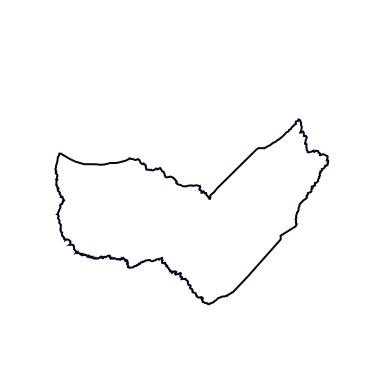 outline of Isiolo South, Eastern, Kenya, rotated 236°
{"feature_id": "3690345B50246984625368", "entity_name": "Isiolo South", "entity_type": "district", "adm_level": 2, "iso_a3": "KEN", "parent_name": "Kenya", "parent_adm1": "Eastern", "projection": "equal_earth", "projection_center": [38.678, 0.562], "detail": "fine", "context": "isolated", "style": "outline", "palette": "ink", "viewbox_px": 384, "rotation_deg": 236, "n_neighbors": 0, "source": "geoboundaries", "source_scale": "gbopen_adm2", "svg_char_len": 5964}
<svg xmlns="http://www.w3.org/2000/svg" viewBox="0 0 384 384"><g transform="rotate(236 192 192)"><path d="M191.2,269.2L181.1,215.4L179.5,210.1L179.1,205.7L178.4,204.7L177.4,204.4L176.3,203.0L176.8,202.5L179.3,202.7L181.6,202.3L183.2,203.1L183.9,201.8L185.9,201.9L185.6,200.3L186.1,199.4L187.9,200.6L189.1,199.6L190.1,199.6L190.6,199.9L191.0,201.3L192.6,201.9L192.8,201.2L194.0,200.6L195.3,199.1L196.5,196.3L197.6,195.6L197.9,194.6L198.9,193.5L200.1,190.1L201.5,188.1L202.6,187.2L203.6,186.9L206.5,184.4L208.5,184.0L209.1,185.2L210.3,184.9L211.6,185.1L212.3,184.6L213.2,184.8L214.0,184.2L214.6,184.3L216.7,182.9L218.3,179.1L219.0,178.5L219.9,178.9L220.7,178.5L222.2,179.3L224.5,179.7L225.9,178.9L229.6,179.1L229.9,178.5L229.8,177.0L230.1,175.9L231.2,175.8L231.6,175.0L231.4,173.0L232.1,171.0L233.3,170.6L233.7,169.4L235.0,168.4L235.5,167.2L236.1,166.7L238.0,167.3L238.9,168.2L239.9,168.1L240.7,168.6L241.7,167.6L242.7,167.9L243.0,167.6L242.9,166.6L243.5,166.0L245.3,165.7L248.0,166.3L248.4,165.8L249.5,165.7L249.7,164.3L250.4,162.7L252.8,161.0L253.4,160.0L254.5,159.5L254.9,158.7L254.6,158.3L255.1,154.3L257.8,146.9L258.9,144.6L261.6,140.8L263.8,134.7L265.8,131.3L268.6,128.0L275.5,118.0L282.7,112.1L287.9,109.1L297.3,104.6L298.0,103.5L296.8,102.4L295.8,100.2L292.1,97.0L290.0,94.2L288.1,92.6L287.5,91.6L286.4,91.4L285.8,90.8L284.8,91.0L284.4,90.0L283.9,90.0L283.5,89.5L282.1,89.9L280.6,89.5L279.9,88.4L279.2,88.0L278.3,86.4L277.5,87.1L276.8,85.8L273.6,83.3L273.1,83.7L271.1,83.0L270.2,83.2L270.0,82.7L269.4,82.9L269.4,82.3L268.0,81.5L265.5,82.2L264.6,81.2L262.8,81.3L261.8,80.9L261.2,81.3L261.0,80.7L260.1,81.8L259.2,81.2L257.5,81.4L256.8,80.2L256.4,80.7L255.8,79.0L255.2,78.5L255.2,78.0L254.7,77.4L255.2,76.1L254.7,75.2L253.8,75.0L252.4,73.8L251.1,71.5L250.6,71.2L249.8,69.3L248.8,68.8L248.8,67.8L248.0,68.3L246.4,68.0L245.5,66.3L242.4,66.2L240.7,64.7L238.0,64.9L235.2,62.6L234.3,62.3L234.1,61.6L232.2,61.1L231.0,61.7L229.6,60.3L227.9,59.9L227.3,60.4L226.4,60.1L225.6,60.5L224.5,59.7L223.3,60.8L223.0,60.4L223.0,61.1L221.6,62.9L219.1,63.6L218.3,62.7L217.7,62.8L216.7,61.6L216.7,61.0L215.1,63.4L214.2,64.0L213.0,63.9L212.8,63.4L210.7,62.6L210.3,62.1L207.0,62.9L206.6,62.0L206.4,63.6L205.5,63.0L205.3,63.9L203.9,64.2L202.3,66.1L202.1,65.0L201.0,65.6L201.1,66.4L200.6,66.3L199.9,68.2L199.4,68.1L198.7,69.2L197.4,69.1L197.3,70.1L196.6,69.7L196.5,70.7L195.8,70.6L195.6,71.2L195.3,70.9L195.1,71.5L194.5,71.4L194.3,72.6L193.9,73.4L193.5,73.3L193.3,72.5L192.5,73.0L192.3,74.0L191.2,73.9L190.9,74.7L191.1,75.5L190.1,75.6L189.7,77.0L189.3,77.1L189.4,80.2L189.1,80.9L188.7,81.1L188.0,80.3L186.9,81.1L187.4,82.6L187.0,83.5L186.2,83.8L186.2,86.4L185.6,87.3L185.6,87.9L184.6,88.2L184.0,87.3L183.6,87.3L183.5,87.7L182.9,87.6L182.5,88.4L182.0,87.8L181.8,88.6L180.7,89.3L180.8,90.5L178.0,92.3L177.7,93.3L176.6,94.0L176.7,94.9L176.0,95.2L176.6,97.0L176.3,97.1L175.8,96.4L175.7,97.8L175.0,97.4L174.6,98.5L172.9,98.4L172.8,99.0L172.3,99.4L171.8,98.6L171.3,99.7L170.7,99.1L169.6,99.5L169.1,98.3L168.3,98.6L168.1,97.8L166.6,97.9L165.6,97.0L164.9,97.8L164.1,97.7L162.5,101.2L162.6,103.3L161.9,104.3L162.3,105.2L161.6,106.2L162.3,107.6L161.7,108.0L161.5,108.5L162.3,110.3L161.7,111.0L161.9,112.2L161.2,112.6L161.1,115.2L159.3,118.9L157.5,119.5L156.8,120.2L156.5,122.0L155.9,123.1L155.9,125.2L155.5,126.3L154.4,126.8L154.6,128.0L154.0,130.3L153.4,130.1L152.4,129.0L151.7,129.3L151.3,128.3L150.0,127.6L148.4,129.0L148.7,129.7L148.3,130.2L147.2,129.6L146.3,129.8L145.2,129.2L144.9,130.2L144.5,130.3L143.8,129.7L142.8,129.5L141.7,130.1L140.6,129.6L139.3,130.2L138.4,129.5L137.4,130.8L136.8,130.3L136.1,130.2L136.3,131.7L136.1,132.9L135.5,133.8L134.6,134.2L134.4,134.2L134.1,133.0L133.5,132.1L132.6,132.3L131.7,134.7L131.4,136.9L131.0,137.3L130.6,137.3L129.2,135.4L128.3,135.0L126.9,136.1L125.6,134.6L124.8,136.2L123.9,137.2L123.7,138.1L122.6,137.9L120.2,138.7L118.6,137.5L117.7,137.5L117.0,137.1L116.5,137.3L115.7,138.5L114.5,138.1L113.7,136.7L112.4,137.0L111.8,137.6L111.2,137.3L110.8,137.6L109.6,137.3L109.3,136.7L108.6,136.5L106.2,138.3L105.4,138.3L103.7,137.5L103.1,138.0L102.1,137.7L100.9,138.2L99.6,141.1L98.2,141.6L97.7,141.3L97.9,140.3L97.0,140.6L96.7,139.9L94.7,139.5L94.3,140.2L92.5,140.8L91.0,142.7L90.1,142.5L89.6,143.0L89.2,144.5L89.4,145.5L88.5,148.2L89.0,149.3L88.8,151.4L89.4,154.5L88.8,156.2L88.5,158.5L87.2,160.6L86.7,163.0L86.3,163.1L86.6,164.2L86.2,166.6L86.5,168.5L86.0,169.7L90.9,191.6L103.0,238.6L103.3,239.2L106.2,241.0L105.6,258.7L106.7,260.7L107.0,260.4L108.7,261.2L110.4,262.6L111.3,262.5L112.7,264.5L113.7,264.6L115.6,267.1L116.3,267.5L116.3,268.6L117.0,269.7L117.8,270.6L119.1,271.3L119.8,272.2L120.0,273.0L121.5,274.1L122.8,279.5L122.7,282.4L123.1,283.9L123.3,284.4L124.7,284.7L125.0,286.5L126.0,287.0L126.3,287.5L125.5,290.5L125.6,291.3L128.0,292.9L128.2,293.3L127.7,293.8L127.8,294.2L129.4,294.4L128.9,295.5L129.1,296.3L128.6,297.5L130.7,299.0L130.1,300.4L130.5,302.5L132.0,303.8L132.6,305.5L133.6,305.8L134.0,307.3L134.8,307.4L136.3,308.6L136.1,309.4L137.4,310.1L137.0,311.0L137.4,312.1L138.1,312.4L137.8,312.6L138.1,315.5L138.8,316.3L138.7,317.2L139.2,317.3L138.6,318.4L139.0,318.8L138.7,319.7L140.2,320.7L140.1,321.0L141.1,322.0L142.1,322.4L142.8,321.4L145.2,324.1L145.8,324.3L149.7,322.2L150.3,321.3L150.6,319.3L151.0,318.7L152.3,319.6L153.2,319.5L153.9,318.8L155.4,319.5L156.2,318.4L157.0,317.9L156.9,315.7L158.4,315.8L158.6,313.6L159.5,311.0L160.4,310.2L161.3,310.7L162.7,310.6L164.3,311.7L165.5,311.9L167.3,313.6L168.0,313.6L168.6,312.7L169.1,312.8L173.3,317.8L174.8,317.7L175.8,316.2L179.0,317.9L179.9,317.9L180.3,317.4L180.3,315.6L180.8,315.0L181.9,316.9L184.5,319.4L186.9,319.9L188.2,321.1L189.2,321.1L190.2,321.6L191.3,321.7L192.6,320.8L191.6,319.6L192.3,317.6L191.4,316.7L190.3,316.3L190.6,314.5L190.0,313.0L189.9,310.7L188.9,309.4L189.2,307.3L188.3,305.9L188.6,303.7L187.4,298.5L187.0,293.3L187.2,291.7L186.9,289.1L187.4,286.6L187.1,282.4L187.5,281.0L187.8,276.5L191.2,271.7L191.2,269.2Z" fill="none" stroke="#020617" stroke-width="2"/></g></svg>